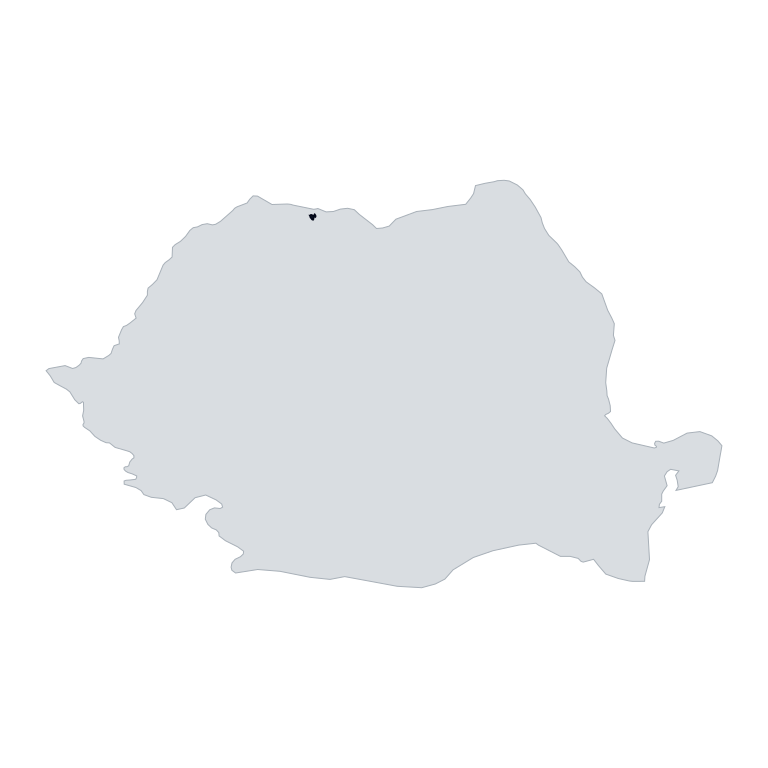 Oncesti, Maramures, Romania shown in context
{"feature_id": "2599482B10269733092117", "entity_name": "Oncesti", "entity_type": "district", "adm_level": 2, "iso_a3": "ROU", "parent_name": "Romania", "parent_adm1": "Maramures", "projection": "robinson", "projection_center": [23.991, 47.848], "detail": "fine", "context": "in_parent", "style": "filled", "palette": "ink", "viewbox_px": 768, "rotation_deg": 0, "n_neighbors": 0, "source": "geoboundaries", "source_scale": "gbopen_adm2", "svg_char_len": 4807}
<svg xmlns="http://www.w3.org/2000/svg" viewBox="0 0 768 768"><path d="M614.7,428.9L622.4,438.0L632.1,442.9L654.3,448.0L656.3,447.4L656.5,446.4L654.9,445.1L654.6,443.4L655.7,441.3L658.7,441.2L663.8,443.1L673.2,440.4L687.1,433.1L699.9,431.6L711.8,435.9L717.9,440.9L721.9,445.7L720.9,451.6L720.2,455.3L717.6,470.5L715.6,476.2L712.3,482.7L676.0,490.4L678.2,486.7L677.2,480.2L675.6,475.3L678.9,470.9L670.6,469.3L667.1,471.7L664.4,476.0L667.1,485.7L663.2,491.1L661.7,494.1L661.7,501.2L659.4,504.3L659.0,507.6L664.8,506.7L662.3,512.9L651.6,524.7L647.9,531.7L649.5,559.6L644.9,576.3L644.6,581.3L632.9,581.4L629.4,581.0L618.3,578.5L605.8,574.1L598.4,565.5L593.6,559.3L583.2,562.1L581.1,561.4L578.2,558.4L570.3,556.4L560.5,556.4L538.4,545.1L535.9,543.2L518.7,545.1L493.0,550.7L473.3,557.5L453.1,569.8L444.9,579.1L435.3,584.0L421.7,587.7L397.3,586.3L371.9,581.6L344.7,576.6L330.0,579.4L310.0,577.3L280.0,571.3L257.7,569.5L235.6,573.0L231.9,570.3L231.1,567.2L232.0,562.9L235.1,559.3L240.5,556.7L243.3,554.0L243.6,551.2L237.6,546.8L225.4,540.7L220.4,536.9L219.1,536.0L218.8,532.6L216.3,529.9L211.6,527.9L207.9,524.4L205.3,519.2L205.9,514.4L209.7,509.8L214.4,507.9L220.2,508.5L222.6,507.2L221.7,504.0L216.1,499.9L205.7,495.0L195.1,497.7L184.3,508.0L176.5,509.7L171.9,502.7L163.4,498.6L151.3,497.3L143.9,494.6L141.1,490.6L135.8,487.5L124.2,484.2L124.1,481.0L126.0,480.3L130.1,480.0L135.7,479.3L136.6,477.6L136.7,475.9L132.3,473.9L127.9,472.5L125.6,471.1L124.1,469.5L123.9,467.9L125.2,466.8L127.0,466.7L128.7,465.8L129.8,462.0L132.2,459.0L133.9,457.9L133.9,455.6L132.1,453.5L129.7,451.7L126.2,450.6L115.1,447.4L109.5,442.9L106.1,442.7L100.7,440.3L94.9,436.4L89.9,430.9L84.5,427.3L83.1,425.9L83.0,424.5L84.0,423.0L84.0,421.3L82.6,415.9L83.7,410.2L83.5,404.8L83.5,402.4L82.5,401.7L81.5,402.5L80.1,403.5L78.8,403.7L74.8,399.8L69.9,391.9L66.5,389.2L59.8,385.6L54.2,382.5L50.2,375.8L46.1,370.7L48.9,368.6L65.1,365.6L72.6,368.5L76.0,367.5L79.3,365.1L81.1,363.1L81.5,361.1L83.2,358.6L88.7,357.4L103.1,358.9L108.9,355.4L111.1,353.4L112.5,349.2L114.1,345.7L119.3,343.9L119.2,340.8L118.5,337.3L121.6,329.7L123.4,326.6L126.4,325.5L129.9,323.1L136.1,318.1L134.7,313.8L136.0,310.5L142.5,302.7L147.4,295.2L147.4,291.4L148.1,288.1L152.4,284.5L157.0,279.8L163.1,265.1L165.2,262.6L169.1,259.8L172.1,257.0L172.5,247.3L175.2,244.6L180.4,241.4L185.6,236.4L189.9,230.4L193.2,227.7L197.5,226.9L202.1,224.6L207.3,223.7L212.4,224.9L215.6,224.3L220.4,221.4L232.8,210.5L234.6,208.3L237.1,206.8L247.1,203.0L249.7,199.3L253.1,195.9L257.5,196.1L272.0,204.5L287.5,204.0L290.3,204.3L291.2,204.5L293.1,205.1L313.7,209.3L316.9,208.8L317.8,208.5L326.1,211.9L333.4,211.5L340.4,209.1L347.6,208.3L354.3,209.7L359.4,214.5L372.6,224.7L376.5,228.5L382.6,228.0L389.2,226.1L395.9,219.2L416.6,211.5L432.4,209.6L447.8,206.5L465.7,204.3L470.8,197.9L473.6,193.6L475.5,185.6L485.1,183.3L494.2,181.7L497.4,180.7L504.1,180.3L509.3,181.0L517.3,185.0L523.0,189.9L525.3,193.8L530.1,199.4L535.3,207.2L541.0,217.6L542.3,222.9L544.5,228.5L548.8,235.4L556.8,243.1L558.0,244.5L561.7,249.9L568.8,261.9L574.7,266.7L579.9,271.9L582.4,277.1L586.1,281.8L594.8,288.1L601.8,293.9L607.7,310.3L611.7,317.9L614.3,323.7L613.4,335.4L615.0,340.4L612.1,349.6L606.7,368.1L605.7,382.7L606.8,390.7L607.1,395.7L608.5,399.0L610.2,405.7L610.5,411.5L608.5,413.2L605.7,414.5L604.6,415.8L607.3,418.4L611.0,423.3L614.7,428.9Z" fill="#d9dde1" stroke="#a8b0b8" stroke-width="1"/><path d="M313.2,219.7L313.2,219.4L313.3,219.3L313.3,219.2L313.3,218.9L313.3,218.7L313.4,218.4L313.4,218.2L313.5,218.0L313.4,218.0L313.5,217.9L313.5,217.7L313.6,217.8L313.6,217.7L313.4,217.5L313.5,217.4L313.9,217.2L314.0,217.1L314.2,216.9L314.3,216.9L314.4,216.7L314.5,216.7L314.8,216.7L315.0,216.9L315.3,216.9L315.5,216.9L315.6,216.7L315.7,216.2L315.4,216.0L315.5,216.0L315.5,215.9L315.5,215.7L315.5,215.4L315.4,215.3L315.4,215.2L315.2,215.0L315.1,214.9L314.9,214.7L314.9,214.4L314.7,214.3L314.7,214.5L314.5,214.8L314.5,215.0L314.4,215.0L314.3,215.3L314.2,215.3L313.9,215.5L314.0,215.5L313.9,215.6L313.8,215.4L313.7,215.4L313.7,215.5L313.6,215.8L313.5,216.0L313.7,216.3L313.5,216.2L313.4,216.2L313.3,215.9L313.2,215.8L313.2,215.7L312.9,215.5L312.8,215.4L312.7,215.5L312.8,215.5L312.7,215.6L312.6,215.4L312.4,215.3L312.2,215.3L312.1,215.2L311.9,215.2L311.7,215.1L311.5,214.9L311.4,214.8L311.2,214.8L310.9,214.8L310.8,215.0L310.7,215.0L310.5,215.3L310.4,215.3L310.2,215.4L310.1,215.5L309.9,215.5L309.7,215.5L309.8,215.7L309.8,215.8L310.1,216.3L310.2,216.6L310.3,216.8L310.4,217.0L310.4,217.3L310.5,217.3L310.5,217.5L310.7,217.8L310.8,217.9L310.9,218.0L311.0,218.0L311.2,218.3L311.3,218.4L311.3,218.5L311.5,218.6L311.6,218.8L311.7,219.1L311.8,219.2L311.9,219.3L312.0,219.3L312.1,219.5L312.3,219.6L312.5,219.7L312.7,219.8L312.8,219.8L313.0,219.8L313.1,219.7L313.2,219.7Z" fill="#0f172a" stroke="#020617" stroke-width="1.5"/></svg>